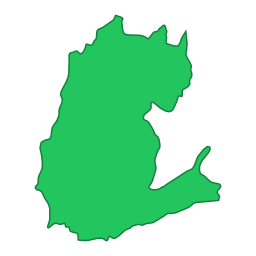 Napo, Equal Earth projection
{"feature_id": "ECU-1290", "entity_name": "Napo", "entity_type": "Province", "adm_level": 1, "iso_a3": "ECU", "parent_name": "Ecuador", "parent_adm1": "", "projection": "equal_earth", "projection_center": [-77.718, -0.603], "detail": "fine", "context": "isolated", "style": "filled", "palette": "green", "viewbox_px": 256, "rotation_deg": 0, "n_neighbors": 0, "source": "natural_earth", "source_scale": "10m", "svg_char_len": 3930}
<svg xmlns="http://www.w3.org/2000/svg" viewBox="0 0 256 256"><path d="M48.9,227.7L48.0,227.7L47.6,226.9L48.1,225.0L49.2,221.8L49.6,220.0L49.8,217.5L49.8,209.2L49.3,206.6L48.1,203.4L44.8,198.2L41.9,192.1L39.8,190.4L36.8,189.7L35.8,188.8L35.3,187.6L35.7,186.4L36.4,185.6L37.3,184.8L37.9,183.6L38.2,182.0L38.2,179.5L38.4,177.8L39.1,175.3L40.5,172.5L42.0,168.9L42.4,165.5L42.3,161.5L41.6,155.3L40.2,148.9L40.1,147.1L41.2,142.5L44.0,140.7L45.6,140.1L49.0,139.2L50.1,138.3L50.8,136.9L51.3,134.4L51.8,129.6L52.5,127.3L53.8,125.0L56.2,121.7L57.7,118.9L58.9,115.4L59.1,113.1L59.0,111.2L59.3,109.3L59.9,107.4L61.5,103.7L62.2,101.4L62.4,99.5L60.5,94.7L61.1,92.0L62.6,88.7L66.2,82.0L67.9,77.8L68.8,73.7L69.2,57.7L69.0,55.7L69.4,54.4L70.1,53.1L71.5,52.6L72.7,52.4L75.8,51.1L76.8,51.1L77.8,51.6L79.2,53.3L80.0,53.8L81.0,53.8L82.5,52.8L83.7,51.3L85.3,47.8L85.6,46.0L86.0,44.6L86.5,44.2L87.7,44.3L90.5,45.2L91.8,45.2L92.5,44.5L94.0,41.2L94.7,40.2L95.5,39.7L96.1,38.9L96.5,36.9L96.8,32.3L97.2,30.7L98.2,29.5L103.0,27.3L112.3,20.8L113.9,19.3L115.6,15.4L121.3,17.3L122.6,18.2L122.7,18.6L122.6,19.0L122.6,19.4L122.5,19.7L122.4,20.0L122.2,20.3L122.1,20.5L121.9,20.9L121.8,21.7L121.9,23.4L122.6,29.3L123.5,32.8L125.3,34.3L127.7,34.9L140.8,35.4L144.5,36.6L146.2,37.6L147.7,38.8L148.5,38.5L149.9,37.2L152.8,33.2L154.2,32.0L156.5,31.6L157.7,31.0L158.6,30.1L159.0,29.2L159.4,28.5L160.0,28.1L160.7,27.7L162.5,26.0L164.0,25.2L164.8,25.7L165.4,27.0L165.8,28.8L166.3,30.2L166.7,31.0L166.8,31.8L166.6,32.6L166.2,33.6L166.0,34.5L166.0,35.4L166.5,36.9L166.6,37.8L166.5,38.7L166.3,39.8L166.1,41.0L166.1,42.1L166.4,43.2L167.6,43.9L173.7,45.8L176.0,46.1L177.5,46.0L178.3,45.4L179.2,44.4L180.0,42.9L181.3,39.1L182.4,36.8L185.8,31.4L187.1,44.0L186.8,45.7L186.5,50.6L186.0,53.1L186.0,54.8L186.8,57.0L187.6,58.6L189.4,61.6L191.0,64.8L191.3,66.0L191.2,67.4L191.0,68.4L190.8,69.3L190.6,70.1L191.8,73.4L191.7,76.0L191.3,77.4L190.5,78.5L189.9,79.4L189.6,80.6L189.8,83.4L189.3,85.0L188.1,86.4L186.7,87.5L182.7,89.8L182.3,90.9L182.2,92.4L182.3,95.2L181.9,96.3L181.3,96.6L179.7,95.9L178.9,96.0L178.3,96.6L177.8,97.8L176.4,102.3L173.2,109.2L172.0,110.5L170.5,111.4L168.8,111.7L166.2,111.2L163.0,109.7L160.1,107.9L154.5,103.3L152.6,102.3L151.5,102.6L151.0,104.0L151.0,105.5L151.1,107.7L150.6,109.0L149.7,110.2L145.6,113.5L144.3,114.9L143.6,116.3L143.4,117.7L143.7,119.2L145.3,120.4L146.7,120.9L148.0,121.8L149.5,123.5L153.1,129.7L154.6,133.5L155.3,134.7L157.0,136.2L158.1,137.4L158.9,139.3L159.8,143.8L159.9,146.1L159.6,147.8L157.7,151.1L156.8,153.4L155.8,156.4L155.0,159.6L154.9,162.2L156.0,167.7L155.6,170.4L152.6,180.3L151.4,182.9L150.3,184.7L149.0,186.4L149.0,187.9L150.7,189.2L153.7,189.9L156.9,189.6L159.5,188.8L161.7,187.5L162.1,187.1L164.6,186.2L166.0,184.8L186.9,171.3L191.7,169.1L192.7,168.3L194.4,165.3L197.7,156.8L203.6,149.3L205.4,148.2L207.0,146.6L208.9,146.7L209.9,147.5L210.1,148.6L209.6,150.7L208.4,152.7L202.0,160.7L200.5,163.6L199.6,166.6L199.4,169.4L199.9,172.3L200.6,173.8L202.0,174.7L203.2,175.2L204.2,176.0L210.2,181.5L212.5,182.6L218.1,183.8L219.8,184.4L220.5,185.3L220.7,186.5L219.7,188.2L217.5,191.0L217.1,192.1L217.7,193.5L218.4,194.5L219.6,196.4L218.5,200.4L196.4,202.5L194.5,202.9L193.0,203.7L191.6,205.2L188.6,207.4L176.1,212.6L172.5,213.4L168.0,213.4L166.6,214.0L164.9,215.4L153.2,222.6L146.9,223.5L145.1,224.0L143.4,225.0L142.1,225.1L140.7,224.9L138.8,224.3L137.2,224.6L135.5,225.2L133.6,225.5L132.4,226.2L129.8,228.3L128.1,228.8L125.4,230.1L124.0,231.1L119.0,235.7L115.8,237.9L113.8,238.4L112.2,237.9L111.0,237.0L109.8,236.4L109.0,236.5L108.6,237.2L107.8,239.6L107.1,240.6L105.7,240.4L104.6,239.5L103.2,238.6L101.2,238.3L97.9,238.2L88.6,240.3L84.9,240.6L78.2,240.0L78.1,235.7L77.7,234.2L76.8,233.0L72.4,232.1L70.3,231.2L69.0,227.7L68.5,226.8L67.7,226.8L66.3,227.1L65.7,226.7L65.3,225.1L65.0,224.0L64.3,223.4L63.0,223.7L60.8,224.4L59.7,224.3L56.8,223.4L55.0,223.4L53.5,224.0L48.9,227.7Z" fill="#22c55e" stroke="#15803d" stroke-width="1.5"/></svg>